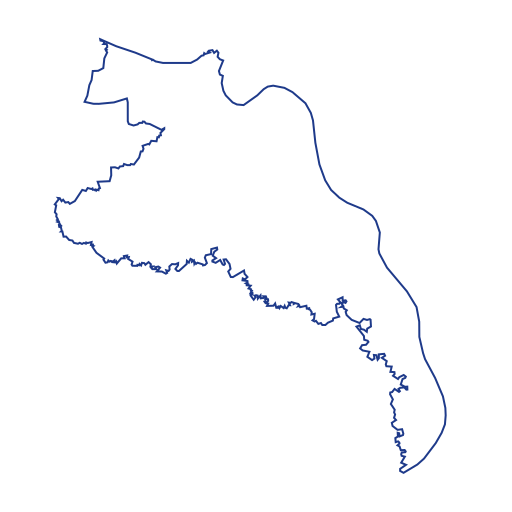 Mueang Nong Khai, Nong Khai, Thailand (Robinson projection), rotated 96°
{"feature_id": "78962969B49336844859905", "entity_name": "Mueang Nong Khai", "entity_type": "district", "adm_level": 2, "iso_a3": "THA", "parent_name": "Thailand", "parent_adm1": "Nong Khai", "projection": "robinson", "projection_center": [102.827, 17.845], "detail": "fine", "context": "isolated", "style": "outline", "palette": "blue", "viewbox_px": 512, "rotation_deg": 96, "n_neighbors": 0, "source": "geoboundaries", "source_scale": "gbopen_adm2", "svg_char_len": 6055}
<svg xmlns="http://www.w3.org/2000/svg" viewBox="0 0 512 512"><g transform="rotate(96 256 256)"><path d="M456.2,86.6L446.5,73.7L439.9,67.7L423.3,57.7L412.5,52.9L403.7,50.5L394.7,50.7L387.3,51.8L376.1,55.4L358.6,65.1L340.9,77.1L335.1,79.7L319.4,85.1L304.3,86.8L290.0,91.0L275.4,102.2L253.9,124.5L240.6,133.6L236.5,134.9L219.7,135.3L208.6,140.4L203.9,144.6L198.5,154.0L193.5,170.8L189.3,179.2L182.5,188.2L173.5,195.1L158.3,202.5L137.2,208.8L115.2,213.5L108.0,216.4L98.9,222.8L89.2,236.9L85.8,245.3L84.8,256.7L86.3,262.0L89.3,265.8L96.1,271.5L107.2,284.1L107.3,290.8L105.7,295.3L99.4,302.9L95.1,305.7L87.6,308.2L80.3,307.8L79.3,310.9L75.9,312.2L65.0,309.1L64.1,312.5L61.9,315.0L57.8,314.6L55.9,316.4L58.4,318.9L55.8,320.8L56.8,324.4L57.7,325.0L58.5,323.3L60.4,327.7L59.7,328.7L61.9,329.1L62.5,331.1L66.8,335.1L70.8,341.1L73.7,368.8L73.0,376.2L71.5,379.2L72.1,379.9L71.2,380.6L66.4,397.2L62.0,416.9L56.7,433.6L58.0,433.2L58.3,430.2L60.2,429.1L61.1,429.8L60.9,426.7L62.4,426.0L63.8,425.8L65.9,427.4L66.6,426.0L67.4,426.7L69.1,425.3L75.3,427.5L85.1,427.5L88.3,432.3L89.1,437.7L98.2,437.9L103.5,439.6L114.2,440.5L120.6,442.6L121.6,433.7L121.1,428.2L118.1,413.3L112.8,400.9L116.6,399.6L135.4,397.6L138.0,396.3L139.0,391.4L137.5,387.5L135.8,386.0L135.5,383.0L134.1,382.6L134.1,381.0L135.7,379.3L135.8,375.5L140.4,363.2L138.5,360.6L139.4,360.5L143.6,363.9L145.9,363.2L146.4,364.9L148.1,365.0L148.1,366.5L152.3,366.9L152.4,372.2L156.2,373.8L155.8,374.9L158.3,380.3L161.1,379.1L163.8,379.8L164.1,381.5L170.3,382.5L177.8,387.0L177.6,390.1L178.8,390.7L179.1,393.4L178.3,396.9L180.5,397.5L181.2,400.7L183.3,402.0L182.5,405.5L183.1,409.4L190.9,408.4L196.9,409.4L198.7,421.2L204.8,418.3L205.3,419.3L207.0,419.5L206.7,420.8L207.7,421.7L206.7,422.4L207.9,423.7L206.9,423.3L207.2,425.2L205.9,425.7L206.6,426.7L206.0,430.5L209.1,432.0L208.4,435.7L220.3,441.9L223.6,446.6L222.0,448.3L222.8,451.2L220.2,453.7L221.8,455.1L219.0,457.2L219.0,458.9L219.9,458.0L225.7,461.5L226.5,460.0L233.5,460.6L235.3,458.7L237.5,458.8L240.2,456.9L241.0,457.7L242.0,456.0L242.8,457.0L243.2,455.4L244.8,454.4L245.5,455.3L246.7,455.0L246.8,453.8L245.8,453.6L246.4,452.9L247.7,454.2L248.1,452.9L251.3,451.8L252.0,452.4L251.9,451.1L256.9,449.4L256.5,446.9L259.6,443.5L259.8,440.2L262.0,438.4L262.4,434.3L261.3,432.7L262.2,430.3L261.0,428.6L261.5,426.5L260.3,426.3L260.7,424.7L259.3,421.0L262.2,421.3L261.4,418.6L262.5,420.2L263.0,418.6L264.0,419.7L269.5,415.0L274.4,406.7L275.6,407.3L278.4,405.0L277.8,403.0L275.9,402.4L276.9,401.2L276.1,400.1L276.4,397.7L274.9,396.2L276.3,395.7L277.1,396.9L277.1,394.9L276.1,394.3L278.0,393.6L272.4,389.8L272.1,386.6L269.9,387.4L269.0,384.2L270.9,384.4L270.4,382.4L272.3,382.8L274.5,378.2L277.5,378.8L278.6,377.9L278.2,373.1L277.2,373.0L277.4,371.3L276.1,371.0L277.4,369.3L274.7,368.7L274.8,366.3L276.3,365.1L273.3,362.2L275.2,359.7L277.4,359.9L277.2,357.6L278.7,359.0L279.9,357.7L279.5,353.7L277.7,355.1L276.7,352.0L277.6,350.2L281.7,353.0L281.3,348.0L283.0,343.8L282.1,342.6L279.6,343.8L280.0,341.4L278.5,340.5L275.5,341.1L272.8,338.7L272.7,335.4L271.2,332.7L273.4,332.6L277.3,334.8L279.1,332.7L279.0,331.1L271.2,324.1L268.0,324.2L269.6,322.1L265.7,320.8L266.4,319.0L268.3,319.0L266.9,317.3L270.2,316.5L268.8,315.9L270.1,314.8L268.8,313.5L269.9,308.1L270.9,307.7L270.3,305.8L268.2,304.1L263.0,306.7L260.5,306.0L258.8,300.9L253.8,301.2L251.7,295.7L253.6,295.2L256.1,297.9L260.2,299.1L262.3,295.5L265.0,298.9L266.1,298.8L267.0,295.4L263.7,291.2L267.9,288.3L268.3,286.9L267.1,286.0L262.9,287.8L262.4,285.5L266.7,281.5L271.4,280.0L274.3,282.0L279.5,278.9L279.4,276.8L271.7,266.4L274.9,265.5L277.8,262.3L280.4,264.5L279.7,266.8L281.6,266.9L281.8,261.9L283.3,261.6L284.2,263.1L285.2,259.8L285.4,262.3L286.1,262.2L286.1,258.2L289.1,260.0L289.6,257.5L290.9,257.5L291.0,256.5L293.4,257.5L293.0,255.7L294.7,255.4L294.7,257.4L295.8,257.3L299.7,253.7L297.0,252.1L295.6,253.2L295.0,251.9L295.2,250.2L298.1,249.7L294.7,247.4L297.6,246.8L296.7,243.3L295.3,244.4L295.1,242.0L297.0,241.0L298.0,241.8L297.8,239.5L299.3,239.2L301.3,240.4L300.0,242.0L300.5,242.8L301.9,241.5L302.1,238.9L304.5,239.8L303.6,233.4L301.2,232.0L305.4,230.4L305.2,228.6L304.2,229.0L303.7,228.1L305.3,227.2L303.1,226.2L304.9,223.1L302.6,222.3L304.4,221.4L304.8,220.0L301.5,218.4L301.4,217.0L298.9,218.5L299.0,216.7L298.1,215.9L298.6,213.4L299.7,213.4L298.8,212.1L299.3,208.9L300.1,208.1L301.6,208.9L301.1,207.6L302.3,206.8L300.2,200.7L303.0,200.0L302.4,197.9L303.4,198.0L303.5,196.8L306.1,194.7L308.4,194.8L307.3,191.6L312.7,191.7L314.1,193.0L315.0,190.9L314.2,189.6L317.0,186.9L315.9,184.4L317.7,182.9L317.4,179.8L314.8,177.5L312.2,172.8L310.0,172.7L307.6,166.9L303.0,169.8L296.3,171.3L295.1,170.4L294.8,168.2L293.0,167.5L290.6,170.0L288.0,165.6L291.4,165.1L290.7,162.2L291.7,161.3L293.3,162.1L292.7,164.2L293.8,164.9L293.8,166.5L296.2,164.3L297.8,166.1L297.3,163.7L299.0,163.2L300.5,160.0L302.2,161.0L305.3,159.7L309.5,154.2L311.8,146.0L307.3,142.5L308.0,138.9L306.9,136.2L307.4,135.4L314.1,134.3L316.6,137.8L319.8,137.9L318.0,140.9L317.6,144.0L314.1,145.5L315.7,148.7L324.3,140.3L328.0,139.6L328.6,136.1L329.7,135.2L332.8,137.3L333.6,141.2L337.0,142.8L338.8,140.0L339.4,133.2L344.6,134.7L347.4,129.7L345.6,127.5L342.1,128.4L342.1,125.9L346.5,124.2L344.8,123.1L341.0,123.6L339.9,118.3L341.7,117.2L344.1,120.2L346.9,115.0L350.2,115.6L352.0,114.8L351.8,109.5L357.2,110.2L357.0,106.2L358.8,105.8L360.8,107.2L363.5,101.9L361.5,100.8L358.9,96.7L360.3,94.4L361.6,94.8L363.1,97.4L368.7,98.6L370.5,94.2L370.1,91.9L373.0,91.5L373.2,92.5L371.2,94.8L372.0,98.8L373.3,100.4L375.4,98.8L376.2,99.6L373.7,104.3L377.1,106.4L377.7,108.2L379.5,108.2L384.3,104.9L389.1,106.4L394.4,102.0L397.1,102.3L399.1,101.1L402.5,101.8L404.5,99.6L407.7,103.5L410.8,102.4L414.1,97.0L413.0,92.6L417.3,90.9L418.7,91.1L420.4,94.3L417.3,95.1L417.0,96.6L420.7,96.0L422.5,98.4L426.5,97.6L425.5,95.3L426.5,94.0L427.5,93.7L429.5,95.5L430.4,93.3L434.0,91.7L433.4,87.9L434.7,86.7L435.5,87.0L436.2,90.5L437.9,90.9L439.5,90.3L440.0,87.0L446.4,90.0L448.0,85.0L452.6,90.4L454.7,90.2L456.2,86.6Z" fill="none" stroke="#1e3a8a" stroke-width="2"/></g></svg>